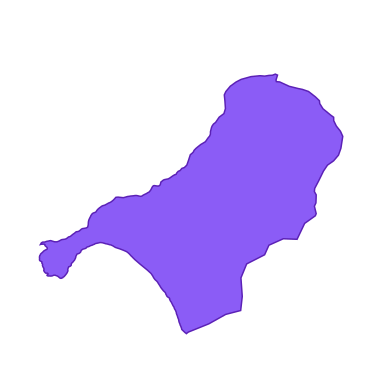 Village, Soufrière, Saint Lucia, rotated 287°
{"feature_id": "8701671B40891625905372", "entity_name": "Village", "entity_type": "district", "adm_level": 2, "iso_a3": "LCA", "parent_name": "Saint Lucia", "parent_adm1": "Soufrière", "projection": "robinson", "projection_center": [-61.064, 13.907], "detail": "fine", "context": "isolated", "style": "filled", "palette": "violet", "viewbox_px": 384, "rotation_deg": 287, "n_neighbors": 0, "source": "geoboundaries", "source_scale": "gbopen_adm2", "svg_char_len": 5797}
<svg xmlns="http://www.w3.org/2000/svg" viewBox="0 0 384 384"><g transform="rotate(287 192 192)"><path d="M207.6,317.1L214.2,313.2L217.8,313.7L222.0,312.6L225.6,311.6L228.2,308.9L231.3,308.3L239.8,309.9L250.4,311.6L257.3,313.7L263.2,318.3L270.1,321.3L277.4,321.6L289.3,319.9L293.5,316.2L297.3,310.7L301.6,306.7L304.9,305.6L306.1,302.1L309.9,292.9L313.9,288.3L316.5,287.2L319.1,282.1L322.2,274.0L322.4,267.5L322.0,263.4L321.5,254.0L322.9,243.7L322.2,240.4L323.6,239.6L328.8,239.6L329.1,237.2L327.2,234.8L326.0,231.5L324.1,227.7L323.1,223.1L319.6,214.7L314.1,206.1L310.1,202.0L304.4,197.7L298.0,195.0L294.3,194.5L288.6,196.9L281.5,199.6L276.3,199.6L271.5,196.1L265.4,194.2L263.3,192.7L261.2,192.0L259.5,191.8L255.1,192.0L252.7,192.7L250.6,192.5L248.6,191.6L244.0,190.1L242.4,188.7L240.0,186.5L237.1,184.5L234.8,183.0L232.4,181.8L230.7,181.6L229.3,180.9L227.2,179.5L221.2,179.4L216.3,179.2L215.3,178.7L213.1,177.5L211.6,175.4L209.0,174.3L207.8,172.8L205.9,171.9L204.2,171.6L203.5,170.5L202.3,169.3L200.5,167.9L198.7,166.5L198.2,166.0L197.6,165.4L197.1,164.5L196.8,163.9L196.2,162.8L195.7,161.9L195.1,161.2L194.6,160.8L193.2,159.9L192.6,159.4L191.6,159.4L191.1,159.4L190.5,159.5L189.9,159.5L189.2,159.3L188.8,159.1L188.3,158.7L187.9,158.2L187.7,157.5L187.5,156.7L187.3,155.4L187.2,154.5L186.9,153.6L186.6,153.2L185.7,152.7L184.9,152.5L183.8,152.3L182.0,152.0L181.1,151.7L180.2,151.3L179.3,150.9L178.4,149.9L177.1,148.8L176.4,148.0L175.3,146.8L174.1,145.7L173.4,145.2L172.9,144.4L172.8,143.8L172.6,142.4L172.6,141.5L172.5,140.5L172.3,139.5L171.9,138.4L171.2,137.0L170.4,135.0L170.0,134.1L169.5,133.2L169.1,132.2L168.6,131.3L167.1,129.0L166.6,128.2L166.4,127.5L165.9,124.9L165.7,124.1L165.5,122.8L165.0,121.6L164.7,120.8L164.0,120.4L163.4,120.2L161.2,119.1L160.3,118.5L159.0,117.6L158.2,116.8L157.7,116.4L157.3,115.7L156.6,115.0L154.8,113.3L154.0,112.5L153.4,111.6L153.0,110.9L152.5,110.3L151.8,109.6L150.7,108.9L149.9,108.2L149.4,107.9L148.1,107.1L147.5,106.8L146.5,106.4L145.4,106.1L144.8,105.9L144.3,105.5L143.9,104.9L143.3,104.1L142.7,103.4L142.0,102.9L140.8,102.5L139.8,102.2L138.7,102.1L137.2,101.8L135.7,101.6L134.8,101.5L132.9,101.7L131.7,102.0L130.8,102.2L130.0,102.4L128.9,102.4L128.1,102.5L127.3,102.0L126.5,101.1L126.3,100.6L125.6,99.3L125.2,98.4L124.8,97.7L124.0,97.0L123.2,96.5L122.5,96.1L121.8,95.6L121.2,95.0L120.6,94.0L120.2,93.0L119.5,92.4L118.9,92.1L118.0,91.5L117.3,90.9L116.5,90.3L114.8,89.2L114.1,88.7L113.5,88.1L113.1,87.3L112.7,86.9L111.7,86.3L110.4,85.2L110.2,85.0L109.7,84.2L108.4,81.4L107.7,80.6L106.6,79.6L106.0,78.9L105.6,78.4L105.0,77.6L104.6,76.6L104.2,75.0L104.2,74.3L104.2,73.4L104.2,71.7L104.2,71.1L103.9,70.4L103.7,70.0L103.2,69.2L102.6,68.0L102.3,67.4L101.3,66.1L101.0,65.6L100.8,64.9L100.4,63.8L99.3,62.8L97.5,62.4L97.8,62.9L98.2,63.6L98.5,64.6L98.7,65.2L98.9,65.8L98.8,66.4L98.6,66.8L98.2,66.8L98.0,67.0L97.7,67.2L97.0,68.8L96.5,69.7L96.2,69.9L95.8,70.1L95.0,70.1L94.5,69.8L94.2,69.3L93.5,68.6L92.4,67.6L90.3,66.5L89.6,66.0L89.4,65.9L88.7,65.5L88.3,65.3L87.5,65.3L87.2,65.2L86.7,65.0L85.3,65.1L84.7,65.3L83.8,65.7L83.4,65.7L82.3,66.1L82.0,66.4L81.7,66.9L81.6,67.7L81.4,68.6L81.3,68.8L80.8,69.0L80.4,69.1L80.0,69.3L79.6,69.9L79.1,70.3L78.7,70.3L78.3,70.4L78.0,70.5L77.7,70.7L76.7,71.5L76.0,72.2L75.9,72.5L75.6,72.7L75.2,72.8L74.8,73.0L74.3,73.2L73.9,73.1L73.3,73.4L72.6,74.1L72.1,74.9L71.7,75.7L71.6,76.2L71.9,76.7L72.1,77.3L72.1,77.7L71.8,78.2L71.6,78.3L71.4,78.4L71.0,78.1L70.8,77.9L70.1,77.7L69.9,77.7L69.7,78.0L69.6,78.8L69.8,79.6L70.1,80.5L70.3,81.5L70.6,82.2L71.0,83.0L71.9,84.0L72.2,84.7L72.4,85.4L72.3,86.6L72.3,87.5L72.2,88.2L71.6,89.7L71.3,90.3L71.1,90.8L71.1,91.5L71.1,91.9L71.3,92.3L71.7,92.6L72.0,93.2L72.3,93.5L72.5,93.5L72.9,93.6L73.4,94.2L74.1,94.6L75.9,95.4L77.9,96.1L78.6,96.2L79.8,96.4L80.7,96.3L81.7,95.8L82.8,95.8L83.9,95.9L84.5,96.0L84.8,96.6L85.6,97.4L86.3,97.8L86.8,97.9L87.9,97.6L88.4,97.6L90.6,98.8L91.5,99.1L92.6,99.6L93.5,99.7L94.6,99.9L95.8,99.9L96.4,99.7L97.1,99.9L97.8,100.0L98.8,100.1L99.3,100.5L99.7,101.2L100.3,102.0L101.3,102.7L102.2,103.1L102.8,103.1L103.3,103.1L103.7,103.1L104.3,103.5L105.1,104.1L105.6,104.6L105.9,105.1L106.4,105.9L107.0,106.8L107.3,107.0L108.0,107.4L108.6,107.7L108.9,107.9L109.2,108.5L109.5,109.1L110.0,109.7L110.8,110.4L111.4,111.2L111.9,112.0L113.0,113.2L113.4,113.8L113.8,114.2L114.3,114.5L114.6,115.0L115.7,117.0L116.2,117.9L116.7,118.6L116.9,119.3L117.2,120.7L117.3,121.8L117.3,122.7L117.3,124.0L117.3,125.0L117.5,126.0L117.5,127.0L117.5,128.9L117.7,129.9L117.6,130.4L117.5,131.0L117.3,132.4L117.0,133.3L116.9,133.9L116.6,134.8L116.5,139.8L116.3,142.4L116.2,143.7L115.9,146.4L115.6,147.6L115.3,148.4L114.7,149.7L114.1,150.8L113.1,152.4L112.7,153.3L112.3,154.0L111.8,154.9L110.5,157.4L109.9,158.8L109.1,160.6L107.8,163.5L107.0,165.5L105.6,168.9L104.2,172.3L102.7,175.4L102.5,175.9L101.8,177.1L100.9,178.1L100.5,178.7L98.8,180.4L98.1,181.3L97.6,182.0L97.1,182.8L96.9,183.3L96.7,183.8L96.2,184.7L95.6,185.6L94.8,186.4L93.4,188.1L92.9,188.7L92.5,189.1L92.1,189.5L91.8,189.9L91.1,190.7L90.2,192.0L89.9,192.5L89.6,192.9L89.2,193.5L88.8,194.3L88.6,194.8L88.3,195.3L88.0,195.8L87.9,196.0L87.5,196.3L86.5,197.0L85.9,197.7L85.5,198.0L85.1,198.4L84.8,198.8L84.6,199.3L84.4,199.8L84.3,200.2L84.2,200.6L84.1,200.9L84.0,201.3L83.8,201.5L83.6,201.6L83.4,201.9L82.8,202.0L82.6,202.2L81.5,203.2L80.6,204.4L79.0,205.9L77.5,207.3L76.9,208.2L75.2,209.4L74.4,210.4L72.9,211.7L72.2,212.2L71.1,212.7L70.1,213.5L69.4,214.1L68.0,215.0L67.2,215.6L66.4,216.3L64.5,217.3L63.4,218.0L62.4,218.9L61.3,219.6L59.9,220.9L59.6,221.0L59.0,221.6L58.0,222.1L57.5,222.5L56.4,224.7L55.5,226.5L55.2,227.5L54.9,228.0L57.0,229.5L70.9,246.7L84.8,260.0L92.9,273.2L106.8,270.6L124.2,263.9L139.2,265.3L153.2,279.8L163.6,281.1L174.0,293.0L177.5,306.3L194.9,308.9L205.3,316.9L207.6,317.1Z" fill="#8b5cf6" stroke="#5b21b6" stroke-width="1.5"/></g></svg>